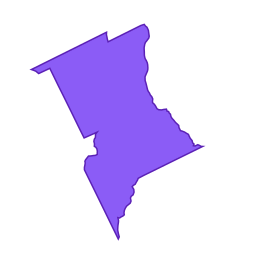 Primavera de Rondônia, Rondônia, Brazil (Albers equal-area conic projection), rotated 334°
{"feature_id": "56859067B52745918565634", "entity_name": "Primavera de Rondônia", "entity_type": "district", "adm_level": 2, "iso_a3": "BRA", "parent_name": "Brazil", "parent_adm1": "Rondônia", "projection": "albers", "projection_center": [-61.3, -11.908], "detail": "fine", "context": "isolated", "style": "filled", "palette": "violet", "viewbox_px": 256, "rotation_deg": 334, "n_neighbors": 0, "source": "geoboundaries", "source_scale": "gbopen_adm2", "svg_char_len": 1796}
<svg xmlns="http://www.w3.org/2000/svg" viewBox="0 0 256 256"><g transform="rotate(334 128 128)"><path d="M71.6,39.9L83.9,40.1L83.9,59.7L84.0,69.2L84.1,88.6L84.1,98.2L84.1,107.9L84.2,117.7L98.3,118.2L96.0,119.4L95.3,120.9L94.4,122.4L92.9,123.2L91.5,125.0L90.9,127.6L89.7,129.7L90.6,131.1L90.9,133.0L90.3,135.3L88.7,138.3L86.7,138.3L84.6,137.5L82.5,136.9L80.2,135.9L77.7,137.1L75.9,138.0L74.7,139.0L74.2,140.7L72.9,142.6L71.6,144.2L70.5,146.5L70.6,177.9L70.6,223.5L72.4,222.0L73.0,219.0L74.0,215.2L75.3,212.8L76.3,211.1L78.1,208.5L78.9,207.1L79.6,204.1L81.0,205.2L82.9,204.9L84.8,204.9L86.6,204.4L87.2,202.5L88.6,200.5L90.3,199.0L92.5,197.6L97.1,196.5L98.7,195.0L99.5,192.0L100.9,190.8L103.3,190.3L105.3,188.3L106.3,185.7L106.0,182.6L107.6,181.9L109.8,181.7L111.7,180.3L113.6,179.1L115.1,177.7L121.4,177.5L187.0,177.3L185.6,176.5L184.6,175.0L183.4,173.6L180.5,173.6L179.0,172.6L180.3,171.4L179.6,169.7L180.1,167.4L179.4,164.5L179.4,162.0L179.5,160.2L178.0,158.0L177.1,156.5L175.4,154.6L174.0,153.4L174.0,150.0L174.7,147.9L173.1,143.7L172.5,140.9L171.8,138.7L171.6,136.6L172.2,134.2L171.6,132.6L171.7,131.0L170.5,130.0L170.8,127.9L168.3,127.0L165.9,126.4L163.6,125.0L162.5,123.4L162.4,120.4L162.1,118.3L161.2,116.0L161.8,114.6L163.0,112.7L163.1,110.2L162.5,108.0L162.6,106.1L162.3,104.1L162.3,102.5L163.0,99.2L163.5,97.0L163.8,95.4L164.2,92.9L165.7,89.5L168.4,87.1L170.3,85.5L171.3,84.3L172.2,82.7L173.4,79.8L173.9,77.9L174.0,75.5L173.8,73.2L174.1,71.6L174.6,69.8L176.0,66.8L177.0,64.4L177.7,62.9L179.8,60.0L181.2,58.7L182.6,58.1L186.1,56.3L187.3,54.8L188.2,52.0L189.1,49.3L189.2,47.5L189.2,45.7L188.4,44.1L188.0,42.0L184.5,41.5L147.9,41.8L148.4,38.9L148.9,37.2L149.5,34.7L150.7,32.5L66.8,33.1L68.3,34.6L70.1,36.6L70.9,38.4L71.6,39.9Z" fill="#8b5cf6" stroke="#5b21b6" stroke-width="1.5"/></g></svg>